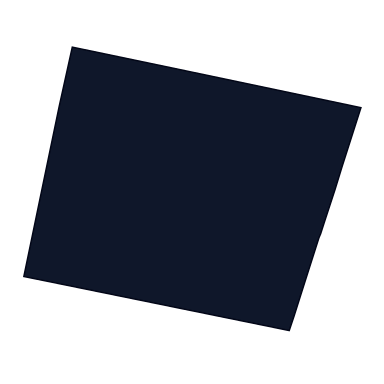 Lauderdale, Mississippi, United States of America, rotated 12°
{"feature_id": "52423323B32649044831734", "entity_name": "Lauderdale", "entity_type": "district", "adm_level": 2, "iso_a3": "USA", "parent_name": "United States of America", "parent_adm1": "Mississippi", "projection": "mercator", "projection_center": [-88.559, 32.401], "detail": "fine", "context": "isolated", "style": "filled", "palette": "ink", "viewbox_px": 384, "rotation_deg": 12, "n_neighbors": 0, "source": "geoboundaries", "source_scale": "gbopen_adm2", "svg_char_len": 355}
<svg xmlns="http://www.w3.org/2000/svg" viewBox="0 0 384 384"><g transform="rotate(12 192 192)"><path d="M45.1,309.6L208.1,308.2L315.9,307.3L317.6,292.4L321.4,253.5L325.7,210.2L326.5,206.2L327.8,193.4L331.4,159.8L331.4,159.7L333.5,136.1L339.7,74.4L160.5,74.8L44.8,75.2L44.3,135.4L45.1,309.6Z" fill="#0f172a" stroke="#020617" stroke-width="1.5"/></g></svg>